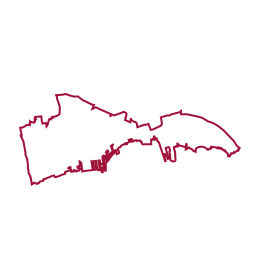 the district of Kota Jakarta Utara, Jakarta Raya, Indonesia, rotated 171°
{"feature_id": "22746128B85966169947265", "entity_name": "Kota Jakarta Utara", "entity_type": "district", "adm_level": 2, "iso_a3": "IDN", "parent_name": "Indonesia", "parent_adm1": "Jakarta Raya", "projection": "robinson", "projection_center": [106.852, -6.136], "detail": "fine", "context": "isolated", "style": "outline", "palette": "rose", "viewbox_px": 256, "rotation_deg": 171, "n_neighbors": 0, "source": "geoboundaries", "source_scale": "gbopen_adm2", "svg_char_len": 5780}
<svg xmlns="http://www.w3.org/2000/svg" viewBox="0 0 256 256"><g transform="rotate(171 128 128)"><path d="M231.8,87.3L230.9,87.6L229.6,88.6L228.9,88.6L227.2,87.2L226.2,87.5L226.2,87.2L225.5,87.2L224.3,87.8L223.8,88.7L219.7,89.3L219.4,90.8L216.6,90.8L216.0,91.3L214.0,91.6L210.7,92.5L208.5,92.7L207.9,91.0L206.9,90.8L203.1,91.4L201.5,92.0L198.3,92.4L197.1,92.7L197.2,94.2L196.6,94.5L193.4,95.1L192.1,95.1L191.7,96.0L191.6,97.6L193.1,97.8L193.0,98.1L191.5,98.5L191.0,98.5L190.9,98.3L191.1,96.2L191.1,95.5L190.8,95.3L190.8,93.6L188.8,93.5L188.7,93.8L189.1,94.0L188.0,94.3L187.9,94.9L187.3,94.5L187.4,94.0L186.8,94.0L186.4,93.3L185.0,93.2L186.2,93.6L186.1,94.0L184.6,93.5L183.0,93.5L181.9,94.4L181.9,95.3L182.3,95.3L182.3,96.0L182.7,96.1L182.8,95.8L183.9,96.0L184.0,97.7L183.0,97.6L183.0,98.0L181.8,98.0L181.3,98.3L181.1,102.6L180.9,102.5L180.7,101.8L180.1,101.7L179.7,101.0L179.7,100.0L180.0,100.1L180.0,99.8L179.7,99.7L179.7,97.9L180.1,98.0L180.1,97.8L179.8,97.8L179.8,95.4L180.1,95.4L180.1,95.2L179.8,95.3L179.9,93.2L180.2,93.2L179.6,93.1L179.6,92.5L179.9,92.5L179.9,92.2L179.5,92.4L169.4,92.0L169.2,100.8L168.9,100.6L167.8,100.7L168.0,92.0L165.9,91.9L165.6,100.6L164.5,100.5L164.8,91.9L164.0,90.9L162.7,90.9L162.5,91.2L162.1,100.5L160.9,100.4L161.2,89.8L160.9,89.5L160.8,88.5L160.5,88.4L160.5,89.0L160.0,88.7L159.9,91.5L159.7,91.7L159.4,91.7L159.3,90.2L159.1,92.9L158.9,93.1L158.6,93.1L158.8,89.2L158.6,89.8L158.3,89.8L158.0,95.7L158.3,96.3L159.2,96.4L159.2,96.7L158.0,96.6L157.8,103.7L157.0,104.2L156.9,103.9L157.5,100.9L156.7,100.8L156.1,104.5L155.8,104.4L155.4,105.0L156.3,100.7L156.9,99.3L157.2,96.0L156.3,95.9L154.8,97.4L154.3,101.4L154.0,101.7L153.0,107.2L152.7,107.2L152.7,107.7L153.2,107.8L152.6,108.4L152.5,108.0L151.3,108.7L151.1,108.1L151.6,107.8L152.3,105.2L152.3,104.9L152.0,104.8L152.3,104.2L152.0,104.1L149.2,105.8L148.8,105.8L149.0,106.0L147.0,107.1L147.0,109.7L147.2,109.9L147.5,112.6L147.7,112.9L144.7,114.4L146.5,113.2L146.5,107.2L146.6,106.1L152.6,102.3L153.2,98.5L151.9,99.6L151.1,100.7L148.7,103.0L145.8,105.2L145.4,105.8L145.4,107.5L144.7,107.9L143.7,108.0L143.3,103.9L140.7,104.7L140.8,107.0L141.6,107.4L141.7,107.9L141.6,108.6L140.5,109.7L139.5,110.3L139.1,110.1L138.5,110.4L137.6,111.5L133.7,112.9L133.6,112.4L133.4,112.4L133.3,113.2L132.3,113.5L131.9,113.3L131.7,112.3L131.4,112.4L131.6,113.2L129.8,113.8L129.2,114.3L128.8,115.8L129.0,116.3L127.6,116.3L126.9,116.6L126.1,116.4L125.7,115.5L126.2,115.1L127.5,115.6L128.3,115.5L128.8,114.5L128.4,114.1L125.1,113.9L125.1,114.3L124.8,114.5L121.9,114.6L121.8,114.3L121.4,114.3L121.4,113.8L118.2,113.9L118.0,113.3L117.6,113.2L117.5,111.9L117.3,111.7L116.7,111.8L116.6,110.3L116.1,109.6L107.6,108.3L107.0,113.0L105.4,112.5L104.8,113.7L104.4,113.7L104.0,113.0L103.6,113.0L103.5,112.3L103.3,112.3L103.7,115.4L103.2,115.5L102.8,113.5L101.3,113.3L100.9,110.2L99.9,109.4L99.6,108.3L96.5,89.4L96.0,89.5L97.1,96.3L95.4,96.6L95.1,94.3L94.2,94.5L93.7,91.2L92.4,91.5L94.0,102.2L92.9,102.6L90.4,102.8L90.5,103.3L90.0,99.5L90.3,98.6L90.8,98.3L90.7,97.8L90.9,96.5L90.6,95.1L91.2,89.9L90.7,89.0L90.1,88.9L88.9,87.9L87.8,87.8L86.8,88.0L86.4,88.4L86.1,88.8L85.5,95.2L85.3,95.2L85.4,98.3L85.6,98.5L85.8,100.7L85.6,100.8L85.6,101.9L82.9,102.0L83.0,102.7L82.7,102.7L82.7,102.0L81.8,102.0L81.7,104.8L81.3,104.8L81.4,103.4L80.8,103.4L80.8,102.5L79.2,102.5L74.2,100.0L72.6,103.9L73.0,101.7L72.7,101.6L72.8,101.3L72.9,101.0L73.4,100.9L74.4,97.8L72.9,98.1L72.6,98.8L72.2,99.0L71.3,98.8L71.0,99.2L70.6,99.1L70.7,98.6L70.0,98.3L70.3,97.6L69.9,98.0L68.0,96.9L66.9,95.0L66.3,95.0L64.9,93.9L64.2,96.8L62.7,97.8L60.0,98.2L57.7,98.0L55.8,97.2L53.4,95.2L52.8,94.0L52.5,93.9L52.0,94.6L49.9,94.4L49.5,95.5L49.2,95.0L48.8,95.1L48.4,96.3L44.3,95.1L42.8,93.9L42.3,94.7L41.1,93.7L40.9,94.2L40.3,93.6L39.9,93.8L39.5,92.9L38.8,92.4L38.6,92.8L37.7,91.8L37.7,92.0L36.5,90.5L36.2,90.6L36.3,90.3L35.9,89.8L35.6,89.9L35.5,89.4L34.8,89.1L34.1,87.6L33.1,86.4L33.6,84.8L32.9,85.0L32.4,84.3L32.0,84.7L31.8,84.4L31.1,85.0L29.9,86.9L28.6,86.4L27.1,87.6L26.8,86.9L23.2,88.8L22.8,88.3L21.7,89.6L22.0,90.0L20.9,90.7L23.4,93.6L25.6,98.7L34.0,110.8L38.8,116.0L43.2,119.5L47.8,122.0L53.2,126.5L57.4,128.4L67.5,132.3L71.2,133.0L72.9,133.0L73.5,133.4L73.1,136.5L74.7,135.5L83.6,134.6L85.3,133.8L87.1,134.3L93.9,133.4L93.7,127.6L94.4,125.7L95.7,125.0L103.8,122.6L105.8,122.6L107.2,128.9L109.8,128.3L110.9,128.7L118.6,127.3L118.6,130.7L119.0,132.0L119.8,132.8L121.6,133.6L122.7,134.6L123.3,135.5L123.9,137.3L124.0,135.8L124.9,133.3L129.6,136.3L128.9,137.5L129.1,138.3L128.2,139.5L127.3,141.9L127.4,142.9L129.2,144.3L130.1,144.7L131.2,144.2L139.6,142.6L141.4,143.6L142.5,143.4L143.1,143.2L143.6,141.8L143.5,143.1L142.8,144.5L152.9,150.9L156.5,153.5L160.2,152.5L158.0,156.2L159.6,156.6L168.3,162.6L172.5,167.0L176.6,167.5L181.6,169.8L183.7,171.1L184.2,171.0L185.3,171.4L187.2,171.1L193.8,171.7L193.2,169.4L193.4,168.7L193.4,167.3L192.4,162.3L192.1,159.4L193.4,152.4L195.7,151.3L197.4,150.9L198.8,150.6L199.7,150.9L201.2,150.7L200.9,149.6L203.1,149.4L203.0,148.7L204.6,148.9L207.2,143.3L208.2,142.3L208.3,145.8L211.7,145.7L212.1,148.3L211.8,153.0L217.7,153.4L217.7,152.7L218.3,152.8L218.4,151.9L218.5,152.0L218.6,151.4L218.4,151.2L218.9,151.2L219.0,150.7L218.7,150.7L218.8,150.2L218.4,150.2L218.9,148.8L220.0,148.0L223.0,149.3L223.5,149.8L223.5,148.5L224.3,148.5L224.4,146.2L227.0,146.8L227.8,146.8L227.9,146.4L231.7,145.1L233.0,144.9L234.4,145.2L234.5,142.2L234.2,141.1L234.2,137.3L235.1,137.5L235.1,136.3L234.6,135.8L234.0,133.0L233.4,131.5L233.1,119.6L233.5,117.6L232.5,113.6L232.5,110.7L232.7,105.5L233.2,104.7L232.9,102.4L233.1,101.7L233.1,98.7L233.0,98.0L232.5,97.2L232.0,95.7L232.2,94.5L231.8,94.3L231.9,90.4L231.6,89.9L231.9,89.3L231.8,87.3ZM155.7,95.0L156.9,94.6L157.6,93.5L157.7,89.5L156.6,89.4L155.7,95.0Z" fill="none" stroke="#9f1239" stroke-width="2"/></g></svg>